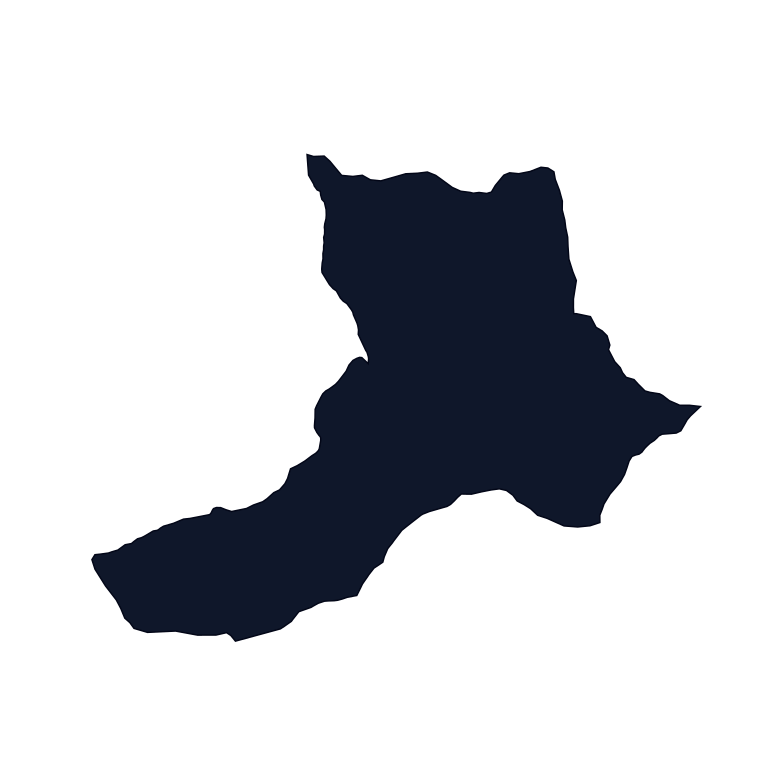 Genye, Thimphu, Bhutan (Mercator projection), rotated 173°
{"feature_id": "84629894B67329763670216", "entity_name": "Genye", "entity_type": "district", "adm_level": 2, "iso_a3": "BTN", "parent_name": "Bhutan", "parent_adm1": "Thimphu", "projection": "mercator", "projection_center": [89.615, 27.302], "detail": "fine", "context": "isolated", "style": "filled", "palette": "ink", "viewbox_px": 768, "rotation_deg": 173, "n_neighbors": 0, "source": "geoboundaries", "source_scale": "gbopen_adm2", "svg_char_len": 3631}
<svg xmlns="http://www.w3.org/2000/svg" viewBox="0 0 768 768"><g transform="rotate(173 384 384)"><path d="M432.4,621.1L433.4,600.5L429.4,591.0L429.1,589.1L426.7,584.8L423.8,583.0L423.8,579.2L423.1,574.7L421.0,571.9L420.2,564.2L420.7,558.7L421.4,555.1L423.3,550.1L424.1,546.8L424.1,544.4L424.7,540.0L426.0,536.9L426.2,531.4L427.1,528.3L427.6,524.5L428.7,521.0L429.3,515.6L430.6,511.6L431.8,505.6L431.9,502.2L426.0,489.3L422.9,484.9L419.9,482.2L416.8,474.6L414.3,471.1L411.1,468.4L407.3,461.7L406.2,459.1L405.9,456.3L403.4,447.9L402.9,445.2L402.7,440.8L403.5,436.4L400.4,426.9L398.0,419.6L397.0,417.6L396.2,412.9L396.2,410.9L397.2,406.1L399.9,409.4L402.8,412.9L404.9,413.4L407.8,412.8L411.9,411.2L416.4,407.1L420.0,401.3L428.9,392.2L432.2,389.5L439.0,385.7L442.6,384.2L445.9,381.7L448.1,378.7L453.6,370.5L455.4,367.3L456.6,358.6L458.1,351.2L458.3,349.0L456.5,344.1L454.7,340.8L453.7,339.5L453.4,337.9L453.7,335.6L456.1,327.7L457.0,326.2L458.3,325.0L460.3,323.5L464.1,321.7L472.3,317.0L480.4,313.4L487.1,311.2L489.4,306.1L491.2,302.0L494.5,297.1L500.6,291.6L506.6,289.6L514.0,284.4L518.7,281.9L528.3,279.8L535.6,277.2L550.8,276.0L556.1,278.4L561.2,281.2L565.4,281.8L568.4,281.1L569.7,279.6L571.2,277.2L572.9,275.6L587.1,274.6L593.0,274.2L599.5,274.3L609.8,271.4L620.2,269.7L623.5,268.2L625.2,267.1L626.8,266.4L631.0,266.2L640.6,262.0L643.5,261.0L647.5,260.4L651.5,258.1L654.1,256.4L660.5,256.0L668.4,251.6L674.5,250.6L678.1,249.8L686.5,249.7L691.7,249.8L695.3,245.3L693.4,235.4L685.0,217.5L676.0,202.3L672.6,193.3L669.8,183.2L665.3,178.1L661.9,171.9L649.0,166.3L621.0,164.2L599.7,157.5L581.3,155.3L570.6,156.4L566.7,153.1L562.8,146.9L516.6,153.6L515.1,154.4L513.3,155.2L509.8,157.1L504.9,159.7L503.7,161.0L498.3,166.4L496.3,168.4L491.8,169.4L483.6,171.2L481.4,172.2L476.0,174.4L469.5,175.7L465.6,175.5L459.9,175.0L456.4,175.0L451.6,175.7L446.4,176.8L442.1,177.0L440.5,177.2L436.8,177.4L432.1,184.5L429.8,188.1L426.7,191.6L423.9,194.7L422.4,196.5L417.8,201.1L416.4,202.5L410.2,205.6L406.9,207.3L404.8,212.5L400.4,220.1L398.1,222.4L395.2,225.2L393.3,227.3L384.2,236.6L378.9,239.9L371.3,244.5L368.6,246.1L363.1,249.4L361.2,250.2L354.6,251.9L345.3,253.4L341.6,254.0L336.4,254.8L332.6,256.4L328.4,259.5L327.1,260.6L324.7,262.6L320.6,265.4L317.9,265.0L310.6,264.0L300.3,265.1L290.6,265.8L282.3,265.9L275.4,263.4L269.6,257.9L266.1,251.7L259.6,247.2L253.7,242.4L247.5,235.0L238.5,230.8L222.6,221.2L209.2,218.5L196.8,218.2L186.6,220.2L185.8,227.5L183.0,232.6L182.1,234.4L180.3,238.1L173.1,247.2L165.9,253.8L161.1,258.3L156.3,264.9L153.2,271.1L150.1,277.7L146.7,281.9L142.9,282.9L139.4,283.3L136.3,285.0L135.0,286.4L132.9,288.5L130.9,290.1L127.4,292.7L122.6,295.1L119.2,297.6L117.8,298.9L114.0,300.3L107.8,300.0L99.9,299.7L95.1,301.4L90.6,307.3L87.5,311.5L83.7,315.0L72.7,323.1L83.2,325.6L93.0,326.8L102.9,332.7L108.8,338.6L111.6,340.6L121.0,343.3L125.8,345.3L131.7,352.8L135.3,357.9L142.8,361.1L145.9,366.2L147.5,371.3L152.3,378.1L157.0,390.7L155.1,395.1L156.7,404.6L161.0,410.1L166.6,414.4L170.9,425.7L180.0,428.8L184.7,430.4L187.1,430.7L186.7,436.7L185.6,445.4L180.5,463.3L182.9,472.4L185.3,485.4L184.6,498.1L183.8,507.4L184.6,516.9L184.6,524.8L185.9,535.1L184.7,543.8L186.3,554.9L189.1,566.3L189.5,573.9L195.0,578.4L201.8,580.0L213.2,577.1L224.6,576.3L233.6,578.3L239.5,576.7L241.3,575.1L249.3,567.5L254.0,561.4L258.8,560.6L266.3,562.5L272.2,562.5L275.3,563.7L284.4,566.0L292.3,570.8L302.5,580.4L307.3,584.8L315.1,589.1L325.0,589.1L336.8,590.0L349.4,588.0L362.4,586.0L372.6,588.3L380.1,593.8L389.6,593.8L400.6,596.2L405.7,604.1L410.5,611.6L415.6,617.5L426.2,618.4L432.4,621.1Z" fill="#0f172a" stroke="#020617" stroke-width="1.5"/></g></svg>